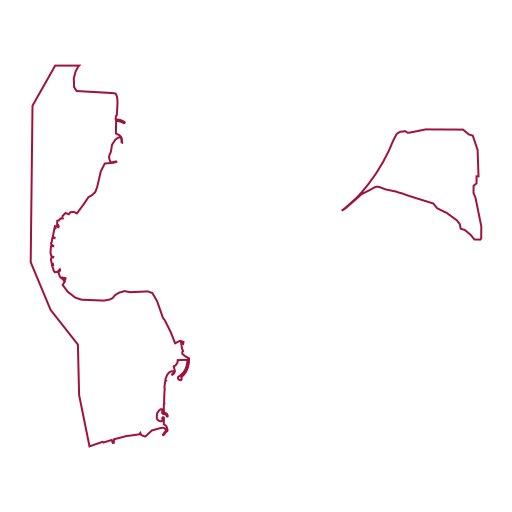 the district of 61, Qatar
{"feature_id": "91078587B91929274058544", "entity_name": "61", "entity_type": "district", "adm_level": 2, "iso_a3": "QAT", "parent_name": "Qatar", "parent_adm1": "", "projection": "equal_earth", "projection_center": [51.545, 25.336], "detail": "fine", "context": "isolated", "style": "outline", "palette": "rose", "viewbox_px": 512, "rotation_deg": 0, "n_neighbors": 0, "source": "geoboundaries", "source_scale": "gbopen_adm2", "svg_char_len": 5180}
<svg xmlns="http://www.w3.org/2000/svg" viewBox="0 0 512 512"><path d="M30.9,262.4L31.0,262.9L50.6,309.9L77.9,344.6L79.1,395.0L89.5,446.4L90.8,445.9L102.6,441.8L103.5,442.5L111.6,440.0L112.8,442.9L113.8,442.8L113.9,439.3L123.7,436.8L126.4,436.0L128.7,435.8L132.4,435.3L139.4,434.3L140.3,432.9L141.2,435.0L144.9,436.5L145.5,436.4L151.8,430.5L160.7,428.0L162.4,427.8L163.9,428.0L164.8,428.4L165.9,429.7L165.7,430.9L163.1,434.4L162.9,434.8L163.2,435.1L163.6,435.1L166.4,431.5L167.0,431.4L167.3,431.0L167.5,430.5L167.5,429.8L167.3,429.0L167.0,428.2L166.7,426.9L166.2,426.1L165.5,425.4L164.7,425.0L163.8,424.3L163.9,417.7L163.6,417.3L162.6,417.3L162.4,417.6L162.3,420.9L161.1,421.3L160.0,421.2L158.9,420.7L157.9,420.1L157.1,419.0L156.8,417.9L156.8,416.7L156.9,415.1L157.0,414.0L157.3,413.0L158.9,410.6L160.8,409.2L162.2,409.3L162.2,413.1L162.6,413.6L163.4,414.0L164.9,414.2L165.7,414.5L166.1,414.9L166.5,415.3L166.7,416.2L167.1,416.6L167.5,416.5L167.7,416.2L167.7,415.5L167.3,414.7L166.7,413.7L165.9,413.2L164.6,412.7L163.9,412.0L163.8,405.3L163.8,404.0L164.4,403.6L164.3,403.3L164.1,403.3L164.2,397.1L164.4,392.9L164.7,389.2L164.8,388.8L164.4,387.8L165.0,382.3L165.4,380.6L166.0,380.5L165.8,380.2L165.5,380.1L165.5,378.9L167.2,374.8L169.1,372.4L171.4,371.3L173.1,371.2L173.9,371.2L173.7,372.5L173.2,373.4L172.1,374.2L172.3,374.7L173.3,374.2L173.8,373.6L174.4,372.7L174.9,371.2L173.7,366.3L175.5,365.5L177.5,362.6L177.7,360.1L187.3,359.8L187.3,361.8L187.1,363.5L186.6,366.0L185.5,369.0L184.6,370.7L183.3,372.6L181.9,374.1L178.0,377.2L178.0,378.5L178.8,379.6L180.5,380.2L181.2,380.0L181.7,378.8L181.3,377.2L181.6,376.9L184.1,374.5L185.8,372.2L186.3,371.1L186.9,369.9L187.5,368.4L187.9,367.3L188.5,364.8L188.8,363.5L189.0,361.2L189.0,358.3L185.1,356.2L182.4,353.9L182.2,352.7L182.4,351.7L183.1,351.1L182.2,349.1L181.7,346.5L181.4,344.8L181.1,342.7L183.1,343.9L183.5,341.9L180.0,340.8L175.1,343.3L170.8,332.3L164.9,320.4L163.0,318.0L157.1,301.2L154.2,296.2L152.4,293.1L147.7,291.4L130.1,292.2L124.6,291.1L118.9,292.7L115.1,295.1L112.6,298.1L109.8,299.5L104.0,300.6L81.6,299.7L75.2,297.6L67.6,291.6L62.6,284.9L64.7,281.8L64.5,281.6L64.4,281.4L65.6,278.3L64.9,278.0L64.0,280.8L63.1,279.5L63.4,277.9L62.7,277.6L62.4,278.6L61.4,278.4L60.8,277.4L59.9,276.7L58.4,272.4L60.1,270.4L59.8,269.4L57.5,271.9L54.7,272.2L53.6,270.3L52.1,265.6L53.2,265.1L52.9,263.9L51.9,264.4L50.9,259.5L51.5,257.6L53.1,257.5L53.2,257.3L53.3,256.9L51.5,256.5L50.5,253.0L50.8,248.4L51.1,246.2L53.2,246.2L53.2,245.9L53.2,245.6L51.4,244.8L51.0,243.1L51.8,241.8L52.2,238.3L53.0,237.8L54.5,238.2L54.6,237.9L54.6,237.7L52.8,236.8L54.3,229.1L55.2,228.6L55.3,228.5L54.6,227.8L55.0,226.1L58.4,227.2L58.5,227.0L58.5,226.8L58.7,226.2L57.7,225.7L57.9,224.8L57.1,224.5L57.3,220.7L58.8,220.5L59.9,219.3L60.2,218.6L62.7,218.4L62.3,217.5L62.7,215.8L65.6,213.0L68.8,214.3L70.3,212.3L73.7,211.8L76.9,213.4L84.0,203.8L88.4,197.2L92.2,195.0L95.2,192.1L97.1,187.3L100.8,171.4L102.1,168.8L104.8,163.5L113.4,162.8L116.3,161.8L116.0,161.4L113.1,162.1L110.6,162.4L109.7,160.1L109.0,157.4L109.6,154.5L110.6,152.6L111.1,150.6L112.0,144.8L115.2,139.9L117.2,138.2L118.9,137.4L120.8,137.5L121.4,139.6L121.6,142.4L122.1,142.6L121.8,138.6L121.1,137.0L119.5,135.3L115.9,133.5L116.1,120.9L118.0,121.0L120.5,121.6L123.9,123.1L124.4,123.1L124.7,122.6L124.5,122.0L123.3,121.3L120.6,120.1L118.3,119.6L115.7,119.5L115.8,116.9L116.1,115.9L116.9,114.8L117.5,102.6L117.3,98.6L116.6,95.6L115.6,93.6L113.9,93.2L112.6,93.1L93.6,92.0L76.6,91.0L74.1,87.1L73.8,78.3L75.5,71.7L78.3,66.4L79.1,65.6L55.2,65.6L32.5,105.7L30.7,261.9L30.9,262.4ZM463.0,129.6L425.7,129.4L413.8,131.8L412.1,132.1L410.4,132.5L409.1,132.7L408.3,132.7L407.6,132.7L407.0,132.4L406.4,132.0L405.7,131.4L405.2,131.2L404.5,131.2L404.0,131.3L403.1,131.6L402.3,131.6L401.7,131.6L401.2,131.6L400.5,131.7L399.8,132.0L399.2,132.4L398.7,132.6L397.8,133.1L397.2,133.6L396.5,134.3L395.8,135.6L395.1,136.9L393.4,140.2L391.8,143.8L390.6,146.8L389.4,149.5L388.7,151.0L387.9,152.6L386.9,154.6L385.9,156.6L384.8,158.5L383.6,161.0L381.8,164.1L380.6,166.0L379.3,168.2L378.1,170.2L375.8,173.8L373.7,176.8L371.7,179.6L369.7,182.4L367.3,185.5L365.0,188.3L361.6,192.4L359.6,194.6L357.7,196.7L356.1,198.3L354.7,199.5L352.4,201.6L350.6,203.2L349.1,204.6L346.6,206.8L344.2,208.8L343.1,209.6L341.6,210.7L342.9,210.0L344.0,209.3L346.0,207.9L349.2,205.1L351.6,203.0L354.2,200.7L355.8,199.4L357.2,198.1L357.9,197.4L359.1,196.5L359.5,196.1L359.9,195.5L360.5,195.0L361.5,194.3L362.3,193.8L363.8,193.0L366.3,191.8L367.9,191.0L370.1,189.9L371.5,189.0L373.5,187.9L374.7,187.4L375.8,186.9L376.7,186.7L377.4,186.7L378.3,186.9L379.9,187.2L381.2,187.7L382.5,188.2L383.6,188.6L385.0,189.2L386.3,189.6L387.7,189.8L389.4,190.2L391.1,190.5L392.5,190.9L393.4,191.1L395.5,191.4L397.4,192.1L398.9,192.6L400.3,193.0L401.4,193.2L402.6,193.6L404.1,194.2L406.8,195.1L409.1,196.0L410.2,196.3L411.0,196.5L412.5,196.9L413.7,197.4L433.3,203.5L437.2,208.3L447.0,213.1L456.8,220.3L459.7,223.9L460.7,228.7L464.6,229.9L470.5,234.7L474.4,239.5L480.3,239.6L481.2,238.4L481.3,226.4L475.5,197.8L473.5,193.0L473.6,185.8L476.5,183.4L476.6,176.3L478.5,176.3L477.6,150.0L472.8,135.7L468.8,134.4L463.0,129.6Z" fill="none" stroke="#9f1239" stroke-width="2"/></svg>